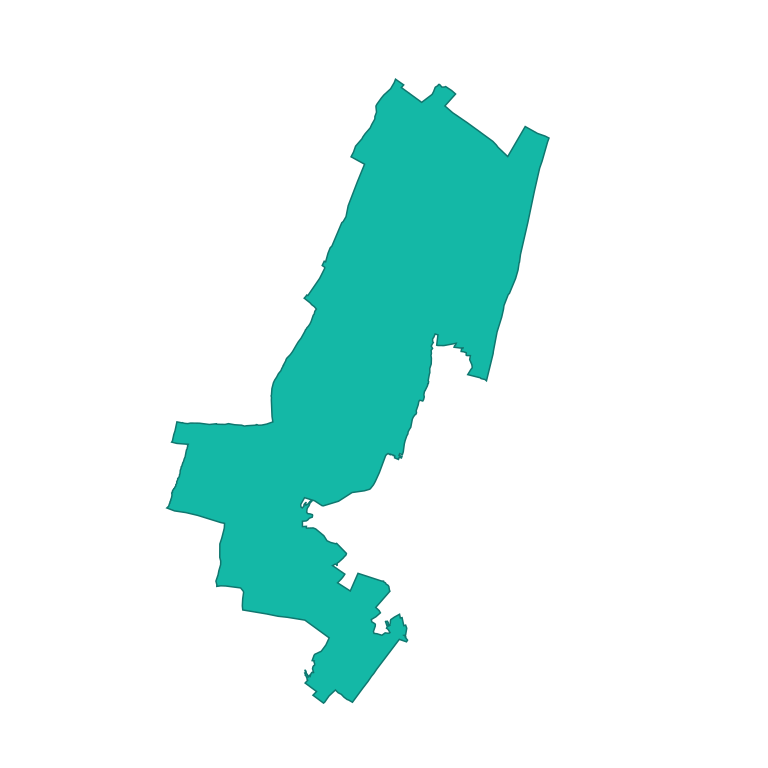 the district of Beresti-Meria, Galati, Romania, rotated 215°
{"feature_id": "2599482B493260480415", "entity_name": "Beresti-Meria", "entity_type": "district", "adm_level": 2, "iso_a3": "ROU", "parent_name": "Romania", "parent_adm1": "Galati", "projection": "albers", "projection_center": [27.919, 46.071], "detail": "fine", "context": "isolated", "style": "filled", "palette": "teal", "viewbox_px": 768, "rotation_deg": 215, "n_neighbors": 0, "source": "geoboundaries", "source_scale": "gbopen_adm2", "svg_char_len": 6162}
<svg xmlns="http://www.w3.org/2000/svg" viewBox="0 0 768 768"><g transform="rotate(215 384 384)"><path d="M527.1,236.6L527.2,236.3L531.9,234.2L528.3,225.7L527.2,222.0L524.7,216.1L524.6,214.6L519.6,216.5L509.8,222.3L509.5,220.7L509.0,220.4L508.7,219.1L508.1,218.1L508.1,217.0L507.5,215.5L505.1,210.2L504.7,208.1L503.7,205.3L503.7,204.3L502.5,200.7L502.6,199.7L501.9,198.6L501.4,196.5L499.7,193.6L499.4,192.1L498.8,191.5L498.5,189.5L498.8,188.3L498.2,187.6L497.7,184.9L496.8,183.9L496.8,182.1L496.0,180.9L496.2,179.4L495.8,178.5L496.2,177.7L495.9,177.0L496.1,176.1L495.8,174.6L495.2,174.2L495.4,173.0L494.0,171.5L492.8,168.9L492.4,167.1L491.8,166.1L491.9,165.3L491.6,164.9L491.6,164.4L491.0,163.4L491.1,162.9L490.3,160.4L490.8,157.9L482.8,159.9L472.4,165.1L461.3,169.5L438.1,176.9L434.7,178.4L432.2,174.4L431.1,171.6L428.5,164.7L426.7,158.8L419.1,147.8L416.2,145.3L414.2,142.3L412.2,136.4L410.5,132.6L408.6,126.1L405.8,123.7L404.9,122.3L401.9,125.1L397.7,127.8L384.5,134.7L380.5,133.6L379.5,132.8L376.6,127.1L372.8,121.0L370.1,117.9L348.1,128.4L337.5,133.0L329.5,137.4L313.4,145.2L283.3,144.6L281.9,136.9L282.1,129.1L285.6,123.0L285.7,121.7L284.2,116.2L282.3,117.2L282.0,116.3L280.3,115.0L279.6,113.8L280.1,112.8L279.9,112.5L280.0,111.6L279.2,109.7L276.2,107.3L276.5,106.9L277.2,107.1L277.7,106.2L277.6,104.3L276.9,102.4L277.9,102.7L278.1,101.6L277.7,100.8L278.0,100.5L280.3,102.2L281.4,102.2L283.2,104.0L285.0,104.5L282.7,102.8L283.2,101.8L282.0,101.2L281.6,100.3L280.4,100.1L278.2,98.7L277.7,98.0L276.6,97.6L277.1,93.8L262.9,93.4L263.7,88.3L250.5,87.9L250.1,89.3L250.1,96.9L248.3,105.5L244.4,104.8L241.0,105.3L237.1,104.5L233.1,104.4L232.0,104.8L227.3,105.2L226.9,122.8L226.5,131.1L226.6,137.3L226.3,141.1L226.4,146.3L225.0,183.6L217.7,185.7L217.8,187.7L221.1,188.7L221.0,189.3L221.6,189.6L223.4,189.6L222.3,190.7L225.3,197.0L228.0,198.9L229.2,197.4L235.2,203.0L236.4,201.7L239.2,204.3L241.8,199.0L243.3,194.9L243.0,193.9L241.7,191.8L241.4,190.3L240.7,189.8L241.3,188.5L243.1,189.9L243.4,190.8L245.1,191.6L245.4,191.1L246.3,190.8L246.5,190.2L242.1,187.1L241.9,185.4L240.3,185.4L239.1,185.0L236.5,183.8L236.7,183.1L237.8,182.1L240.3,180.8L241.6,177.0L246.5,175.4L249.1,174.0L250.7,175.2L252.3,180.7L253.3,182.2L254.1,182.4L257.6,182.2L259.3,183.8L257.1,188.7L255.7,194.5L258.0,195.6L262.6,196.2L260.3,217.7L261.1,218.1L263.9,220.9L265.2,221.4L267.5,221.3L268.7,221.9L271.2,221.8L271.4,222.2L273.0,221.2L296.7,214.0L292.9,195.1L308.0,194.5L307.1,199.9L306.9,202.8L307.0,205.8L322.0,205.7L320.8,208.3L320.3,208.7L319.2,208.8L318.1,208.1L319.6,210.5L318.9,212.2L317.6,218.0L317.4,220.4L317.0,221.5L317.4,223.4L317.7,223.7L331.4,226.3L332.0,225.4L336.8,223.6L340.8,222.9L346.2,225.2L356.8,226.1L359.4,225.5L364.6,221.6L365.2,221.6L365.9,222.9L369.0,220.4L372.1,224.8L369.2,227.2L368.5,228.8L368.2,231.2L366.4,233.8L367.1,235.4L367.7,235.9L370.0,235.2L372.1,234.1L373.7,234.5L375.2,237.2L375.6,238.7L375.6,241.4L376.3,243.9L375.9,247.0L375.6,247.7L376.4,247.4L377.3,245.3L377.4,242.3L378.5,240.0L379.2,239.9L379.9,242.1L380.1,242.0L380.4,239.8L380.2,238.9L379.5,237.9L379.9,235.6L381.2,235.6L382.1,236.2L383.1,237.6L383.9,245.3L374.0,248.5L365.0,248.8L363.8,249.4L354.0,261.9L347.9,276.8L338.8,285.3L335.5,289.4L335.1,290.3L334.8,295.3L335.2,299.1L337.0,308.8L341.5,326.0L341.5,327.5L340.8,329.4L339.0,329.5L338.2,329.8L338.5,330.2L335.4,331.1L335.3,330.7L333.8,331.2L333.0,329.6L330.1,330.2L329.6,331.0L329.4,330.4L328.9,330.5L329.5,332.8L327.3,333.4L327.7,334.9L330.8,334.2L331.2,336.0L328.4,336.6L329.3,339.5L333.0,346.6L334.2,349.7L335.6,354.6L335.8,356.8L336.8,358.7L337.2,362.2L337.2,363.8L340.6,371.4L341.0,373.5L341.0,376.5L340.5,377.3L340.8,379.0L342.3,380.6L344.0,386.5L345.3,389.3L345.5,390.6L345.3,391.3L342.5,392.3L342.6,393.9L343.6,396.5L345.2,398.1L346.6,401.1L346.7,401.6L346.5,401.9L347.4,407.6L348.3,409.3L347.9,409.7L348.9,411.7L349.7,412.0L352.5,418.1L352.9,419.5L355.4,422.9L356.8,427.5L360.0,432.4L361.9,434.3L362.7,436.3L364.7,438.6L364.6,441.0L367.0,442.1L367.4,444.4L367.4,446.3L368.5,446.7L370.1,448.9L370.0,450.6L370.8,454.3L368.0,455.2L363.1,446.0L362.2,446.3L357.0,449.8L348.2,458.8L347.8,457.0L348.1,455.7L347.7,454.3L342.2,457.2L340.0,458.9L339.8,458.3L340.8,457.6L339.5,454.9L337.1,456.1L334.5,456.8L333.3,454.8L332.5,454.8L329.5,456.8L327.8,453.1L323.1,450.2L321.3,448.3L321.0,447.1L321.2,446.1L320.8,439.7L308.7,444.3L307.6,444.1L303.9,445.6L301.9,445.4L312.0,471.4L313.1,473.4L321.2,491.4L325.9,506.2L329.0,513.8L330.7,517.0L333.4,528.0L333.5,529.1L333.2,530.0L336.7,545.9L339.6,554.3L342.7,560.5L342.9,561.5L346.5,568.4L358.8,598.8L371.6,628.7L380.3,650.1L382.3,657.2L388.8,676.0L389.9,680.1L394.2,679.5L402.0,677.3L416.0,675.9L413.1,641.3L426.4,643.3L429.0,644.2L434.0,645.2L465.4,645.8L483.5,645.6L493.6,646.7L491.7,662.6L496.8,663.2L504.1,663.0L505.0,661.7L506.9,660.4L509.6,661.1L510.3,661.2L511.1,660.6L511.0,659.3L512.1,656.8L512.2,656.3L511.1,652.0L510.7,648.8L514.7,636.3L539.8,636.8L539.4,640.3L549.4,640.3L548.5,636.8L547.9,629.6L549.9,620.6L550.2,617.1L550.3,609.5L550.1,607.4L549.7,606.6L546.0,602.3L544.9,597.9L543.7,596.2L543.4,594.9L542.9,589.6L542.2,585.9L543.0,578.3L543.0,574.1L542.7,572.3L543.7,562.5L542.0,556.5L541.3,551.2L526.0,552.9L521.8,534.4L515.6,509.5L511.1,499.3L510.6,493.7L511.1,491.9L505.8,467.2L506.2,464.7L504.9,459.1L501.9,450.6L503.4,450.3L502.6,445.6L499.5,445.6L498.9,444.5L497.3,433.6L497.1,412.8L498.3,412.6L498.3,410.8L498.6,408.5L491.2,408.1L488.7,407.5L485.5,407.4L482.4,406.6L482.4,403.9L481.3,401.3L481.4,399.7L479.6,393.6L479.1,390.6L479.1,387.7L479.4,385.9L479.2,384.6L479.4,383.3L479.0,381.7L478.2,373.9L478.4,369.6L478.2,366.2L477.5,358.0L477.6,354.2L478.4,349.5L478.3,348.0L477.8,346.5L477.2,341.4L477.0,341.5L476.6,337.8L476.1,335.9L476.4,332.0L475.9,328.2L475.8,324.6L475.3,321.6L473.2,316.0L469.9,310.5L469.7,309.6L468.4,308.4L467.1,306.3L457.1,293.2L453.3,289.2L457.1,283.9L460.7,280.1L463.2,278.2L464.9,277.8L465.4,277.4L465.2,276.9L472.5,271.1L474.1,269.5L477.0,268.6L482.9,265.0L488.7,262.3L490.9,259.8L497.6,255.3L498.5,254.9L498.6,255.2L503.8,250.7L512.6,246.1L520.1,241.0L522.0,239.0L524.8,237.4L527.1,236.6Z" fill="#14b8a6" stroke="#0f766e" stroke-width="1.5"/></g></svg>